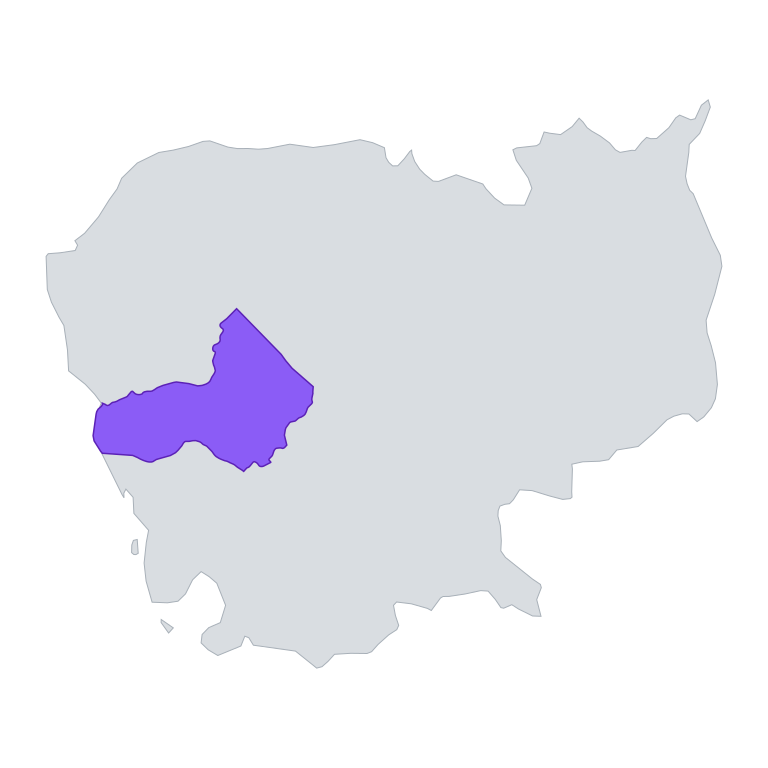 Cambodia, with Pouthisat highlighted
{"feature_id": "KHM-1780", "entity_name": "Pouthisat", "entity_type": "Province", "adm_level": 1, "iso_a3": "KHM", "parent_name": "Cambodia", "parent_adm1": "", "projection": "orthographic", "projection_center": [103.597, 12.527], "detail": "fine", "context": "in_parent", "style": "filled", "palette": "violet", "viewbox_px": 768, "rotation_deg": 0, "n_neighbors": 0, "source": "natural_earth", "source_scale": "10m", "svg_char_len": 5474}
<svg xmlns="http://www.w3.org/2000/svg" viewBox="0 0 768 768"><path d="M708.2,99.9L710.3,107.1L705.2,120.8L699.7,133.4L689.2,144.4L688.8,152.4L685.5,176.3L687.1,183.8L689.7,190.3L693.2,193.7L702.9,216.9L711.7,238.0L720.3,255.3L721.9,266.3L714.7,294.4L706.1,320.2L707.1,332.9L711.2,345.7L715.5,362.7L717.4,384.5L715.4,398.8L711.4,407.7L703.8,416.9L697.1,421.6L688.9,414.0L682.4,413.8L673.8,416.2L667.0,419.8L653.3,433.3L638.1,446.5L616.8,450.0L608.6,459.7L599.7,461.2L582.8,461.8L571.8,464.2L572.4,469.0L571.7,491.8L572.0,497.2L570.3,498.6L562.7,499.4L549.7,496.0L532.1,490.6L519.6,489.8L513.3,499.8L509.5,503.7L504.8,504.3L499.9,506.1L498.2,510.6L497.9,516.1L500.3,525.6L501.3,540.7L500.8,550.9L505.4,557.4L532.4,579.0L540.4,584.4L541.3,587.7L536.7,599.6L541.0,616.3L532.6,616.0L518.5,609.0L511.8,604.7L503.7,608.2L500.9,607.6L495.3,599.4L488.1,591.1L480.7,590.6L465.0,594.0L449.1,596.4L443.0,596.5L440.5,598.0L431.3,610.5L427.4,608.4L411.3,603.8L396.6,602.0L393.5,605.3L395.4,615.5L398.7,625.4L396.8,629.6L388.7,634.9L378.1,644.4L371.6,651.7L367.0,653.5L350.8,653.3L334.5,654.3L328.1,661.3L322.0,666.7L316.7,668.1L295.5,651.1L253.4,645.2L248.8,637.7L244.8,636.2L240.9,646.0L217.8,655.5L208.2,649.8L201.1,642.9L202.1,634.5L208.8,627.6L220.3,622.6L225.6,605.3L216.8,583.2L209.2,576.7L201.1,571.6L192.6,579.8L185.5,593.9L178.0,601.2L167.5,602.8L152.1,602.2L146.1,581.1L144.1,563.1L146.3,542.5L148.6,530.3L133.9,513.4L133.1,497.3L125.9,489.1L123.8,493.2L124.0,497.8L122.0,494.5L98.8,447.4L94.9,425.5L99.0,408.7L101.3,403.1L94.6,394.2L85.2,384.2L68.6,370.9L67.5,350.1L63.9,325.5L59.0,317.2L51.4,302.1L47.3,289.5L46.1,256.4L48.2,253.7L60.0,252.8L75.2,250.5L77.6,245.2L74.9,240.7L84.6,233.3L98.5,216.9L109.3,199.7L117.1,188.9L121.7,178.2L137.3,163.0L158.8,152.5L173.3,150.1L188.5,146.5L203.0,141.4L209.9,140.9L227.9,147.1L237.6,148.6L247.9,148.5L258.5,149.2L267.7,148.5L289.8,144.2L313.2,147.5L334.2,144.7L360.0,139.7L372.7,142.7L384.4,147.7L386.0,157.7L388.7,162.3L392.6,165.9L397.8,165.8L404.3,158.8L409.8,151.5L411.6,150.1L411.9,153.7L414.7,161.5L419.7,169.2L424.7,174.3L433.1,181.1L438.5,181.4L456.2,174.8L482.8,184.0L485.9,188.7L494.6,198.1L504.0,204.9L524.7,205.2L531.9,188.3L528.2,178.0L516.3,160.3L512.9,149.8L516.7,147.9L536.6,145.7L539.8,143.6L544.1,132.0L549.6,133.2L560.6,134.6L572.2,126.6L579.1,118.2L582.9,121.9L587.1,127.7L591.7,131.1L600.2,136.0L609.5,142.9L615.4,149.8L620.0,152.4L631.9,150.3L635.1,150.5L641.8,142.1L646.6,137.4L650.7,138.7L656.7,138.5L668.9,127.7L675.8,117.8L679.6,115.1L690.8,119.8L695.2,118.7L701.4,105.2L708.2,99.9ZM138.2,553.3L135.9,554.6L133.8,554.5L131.6,552.6L131.8,545.0L133.4,540.4L137.2,539.5L138.2,553.3ZM173.3,627.9L168.6,633.0L161.1,622.5L161.2,619.5L173.3,627.9Z" fill="#d9dde1" stroke="#a8b0b8" stroke-width="1"/><path d="M102.4,453.3L100.6,451.2L94.1,440.9L93.1,435.7L96.1,414.2L96.7,411.7L98.1,409.2L101.4,406.3L102.6,404.4L102.4,403.2L105.5,404.5L106.0,404.9L106.2,405.1L106.5,405.2L107.0,405.4L107.6,405.5L108.4,405.3L109.3,404.9L111.6,403.0L112.6,402.4L113.8,402.2L115.1,401.9L117.0,401.2L119.4,399.8L126.3,397.0L127.3,396.4L128.8,394.5L131.3,391.6L131.8,391.4L132.5,391.3L132.8,391.5L133.6,392.3L135.3,393.8L136.8,394.4L137.6,394.5L138.4,394.6L139.4,394.6L140.7,394.4L141.6,394.1L142.2,393.8L142.5,393.4L143.0,392.7L143.5,392.3L144.6,391.8L147.0,391.3L150.7,391.3L152.1,391.0L154.4,389.7L157.3,387.7L163.0,385.4L173.8,382.4L176.4,382.0L188.8,383.6L197.7,385.9L202.2,385.4L206.0,384.1L208.0,383.0L209.3,381.9L210.1,380.9L211.3,378.4L211.4,378.1L211.7,377.4L214.3,373.4L215.2,371.3L215.3,370.7L215.2,370.2L214.4,366.9L213.6,365.1L212.8,361.6L212.7,360.6L215.2,353.5L215.3,352.9L215.3,352.7L215.2,352.3L215.1,352.0L214.9,351.7L214.6,351.5L213.6,351.1L213.0,350.3L212.7,349.1L212.9,347.3L213.4,346.1L214.0,345.4L214.4,345.0L217.0,343.9L217.9,343.4L218.7,342.8L219.8,341.5L220.1,340.5L220.2,339.4L220.0,338.3L220.0,337.5L220.2,336.0L220.8,334.7L223.0,331.6L223.4,330.2L223.0,329.1L222.3,328.5L221.5,327.9L221.0,327.4L220.3,326.5L220.0,325.3L220.2,324.2L220.7,323.5L221.3,322.9L226.6,318.8L236.6,308.7L281.1,354.3L285.7,360.7L292.1,368.3L313.2,386.7L312.8,392.0L312.9,393.4L311.9,398.1L311.8,399.8L312.4,402.2L312.2,402.9L311.6,403.8L308.1,407.2L307.4,408.4L306.2,411.9L305.4,413.5L305.2,414.0L304.6,414.7L303.6,415.6L301.3,417.0L300.6,417.3L300.2,417.4L299.3,417.7L298.2,418.4L296.1,420.3L295.5,420.8L294.9,421.1L291.0,421.9L290.2,422.2L289.9,422.4L289.5,422.8L285.9,427.8L285.3,429.7L284.4,435.2L286.8,445.1L284.7,447.4L283.9,448.0L282.8,448.4L280.6,447.9L279.5,447.9L276.8,448.2L275.6,448.6L274.5,449.9L273.9,451.0L272.5,455.1L271.8,456.2L269.3,458.7L268.9,459.5L269.1,460.2L270.6,461.8L270.8,462.2L270.4,462.6L263.6,466.1L262.2,466.5L260.7,466.5L259.8,466.2L259.1,465.7L257.5,463.5L256.8,462.9L255.9,462.3L255.0,461.9L254.2,461.7L253.3,462.0L252.4,463.0L250.4,465.5L249.2,466.8L248.0,467.5L247.5,467.6L246.8,468.0L246.4,468.4L243.7,471.4L242.3,470.3L237.4,467.2L234.6,464.9L233.4,464.2L229.5,462.5L229.1,462.2L226.9,461.2L224.7,460.7L221.1,459.3L219.0,458.3L216.2,456.6L215.2,455.7L214.2,454.6L212.0,451.5L206.9,446.3L206.5,446.0L203.4,444.6L202.7,444.1L201.2,442.7L200.3,442.1L199.4,441.7L195.8,440.6L192.7,440.7L189.1,441.4L185.7,441.4L184.6,441.8L183.4,443.1L181.8,445.8L178.0,450.3L175.5,452.7L170.4,455.5L158.3,458.9L156.3,459.5L152.9,461.6L151.4,462.0L149.2,462.0L146.9,461.6L143.6,460.5L140.4,459.1L137.7,457.6L132.7,455.4L104.4,453.4L102.4,453.3L102.4,453.3Z" fill="#8b5cf6" stroke="#5b21b6" stroke-width="1.5"/></svg>